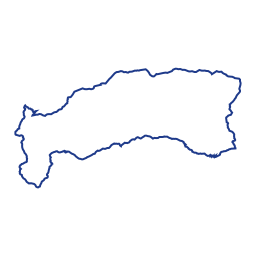 Voineasa, Vâlcea, Romania (Natural Earth projection)
{"feature_id": "2599482B3202377792111", "entity_name": "Voineasa", "entity_type": "district", "adm_level": 2, "iso_a3": "ROU", "parent_name": "Romania", "parent_adm1": "Vâlcea", "projection": "natural_earth1", "projection_center": [23.841, 45.435], "detail": "fine", "context": "isolated", "style": "outline", "palette": "blue", "viewbox_px": 256, "rotation_deg": 0, "n_neighbors": 0, "source": "geoboundaries", "source_scale": "gbopen_adm2", "svg_char_len": 5783}
<svg xmlns="http://www.w3.org/2000/svg" viewBox="0 0 256 256"><path d="M22.1,176.5L23.5,178.4L24.8,179.1L26.0,180.5L26.3,181.3L26.9,182.0L28.4,183.0L28.6,183.3L29.1,183.2L29.9,183.5L30.9,183.2L34.0,183.9L35.3,184.9L36.1,186.6L37.3,187.3L38.4,187.3L38.9,186.8L39.9,186.5L40.3,184.9L41.4,182.9L41.8,181.6L43.8,180.2L44.6,178.7L45.7,178.2L47.1,177.8L47.5,177.5L47.7,177.1L47.8,176.1L47.5,175.6L47.0,175.1L47.0,174.5L47.4,173.6L48.0,173.1L48.5,171.9L48.6,171.0L49.3,168.3L49.5,168.2L49.5,166.9L51.4,165.2L51.6,164.1L52.3,163.8L52.2,163.5L51.8,163.6L51.2,162.9L51.0,162.2L50.4,161.7L50.4,161.1L50.7,160.5L50.3,159.7L50.4,159.1L50.3,158.3L50.4,157.8L50.8,157.3L50.3,156.7L49.8,155.5L49.8,154.9L51.6,153.1L54.1,152.0L54.9,151.9L55.6,151.5L57.0,151.2L57.9,151.9L59.0,152.4L60.0,152.4L63.0,151.5L63.1,151.3L63.9,151.2L64.3,150.8L64.9,151.0L65.1,152.2L65.5,152.5L66.5,152.2L66.4,151.5L67.7,151.5L69.0,151.7L71.7,153.6L73.3,154.2L74.9,155.2L75.8,156.4L76.4,156.7L77.5,157.7L79.1,158.7L80.6,158.9L81.7,159.3L82.9,159.3L86.5,157.8L87.2,157.1L88.5,156.7L91.7,155.1L93.4,153.9L94.7,153.8L95.8,152.0L97.6,150.6L98.7,150.9L100.0,150.5L102.8,148.6L105.1,148.9L107.3,148.0L108.9,148.0L110.1,146.9L111.4,145.1L114.2,143.5L114.9,143.9L116.0,143.6L117.5,143.9L119.0,143.7L119.5,144.1L120.0,145.4L121.0,146.2L121.2,145.5L124.8,142.7L125.7,143.0L126.5,142.9L127.3,143.1L129.3,142.3L130.0,141.1L132.0,139.6L133.3,139.3L134.6,139.6L136.5,137.7L137.8,137.2L140.5,138.5L141.0,138.4L142.8,137.1L143.8,136.6L144.5,135.9L145.0,135.7L146.5,135.7L147.7,136.1L149.7,136.4L150.9,137.0L152.9,138.6L154.3,137.9L156.1,138.1L158.0,138.0L159.4,137.0L162.3,137.0L163.8,136.8L164.2,136.5L164.6,136.7L167.3,136.7L169.1,137.8L171.2,138.5L172.0,139.0L172.9,138.7L174.1,138.9L175.8,138.8L177.1,139.1L180.2,140.7L181.9,141.0L183.5,141.9L183.7,142.2L183.6,142.7L185.4,144.3L184.9,144.5L185.2,144.9L185.0,145.6L185.6,145.9L185.6,146.6L186.9,146.8L187.8,147.7L188.3,148.0L188.4,148.5L188.7,148.9L189.3,149.1L189.7,149.6L191.2,149.9L191.9,150.3L192.2,150.7L192.2,151.6L194.5,152.7L195.9,152.7L197.0,153.3L197.2,153.6L197.8,153.5L198.7,153.9L200.4,153.5L201.2,153.8L204.6,153.6L206.0,154.9L207.6,155.9L209.5,155.7L210.3,154.9L210.4,155.0L210.1,155.5L210.2,156.1L210.7,155.7L210.9,155.8L210.9,156.0L211.3,155.8L211.5,156.4L211.9,155.8L212.4,156.4L212.6,156.2L212.6,155.8L213.2,156.1L213.7,155.6L213.7,155.8L213.0,156.9L213.8,156.2L214.8,156.2L215.5,155.7L215.2,156.4L214.4,156.7L213.6,157.8L214.6,157.1L215.8,156.9L219.4,155.1L220.0,154.6L220.0,154.0L220.6,152.7L221.3,151.9L223.0,151.6L223.5,151.3L225.6,151.1L226.8,150.6L227.1,150.2L228.2,150.0L229.3,149.2L229.9,149.2L231.3,148.7L236.4,148.4L235.5,148.3L235.2,148.0L234.9,147.3L234.9,146.7L234.6,145.3L233.7,144.4L233.6,143.6L232.4,142.1L232.5,141.6L232.8,141.2L234.8,140.6L235.2,140.0L234.9,139.0L234.2,138.2L234.3,137.1L234.0,136.1L234.2,135.1L234.2,134.3L233.1,132.6L231.9,131.6L229.5,130.8L228.6,128.6L227.8,127.6L227.9,126.6L227.5,125.0L228.1,123.3L227.6,122.6L226.7,122.3L226.1,117.9L226.4,117.3L227.8,116.2L228.1,115.7L229.0,115.3L230.9,114.8L232.1,112.6L231.1,111.4L230.7,110.5L229.5,109.4L229.5,108.8L230.1,107.2L230.1,106.9L229.8,106.5L229.8,106.0L230.0,105.9L229.7,104.4L230.5,103.9L231.2,103.0L232.7,101.8L234.4,99.7L234.9,98.7L235.7,97.9L236.3,96.4L237.1,95.0L239.6,92.2L240.0,91.4L240.0,90.5L239.3,88.9L240.4,85.0L240.6,83.1L240.0,81.1L240.0,79.6L239.1,78.7L234.7,78.1L234.3,77.7L232.4,76.8L228.2,76.4L226.5,75.4L226.3,75.1L226.3,74.7L224.1,73.8L222.7,73.0L221.5,71.7L219.2,71.9L218.1,71.7L216.7,71.1L211.9,74.2L211.6,73.5L210.8,72.7L208.3,71.1L205.9,70.9L205.0,70.6L201.9,70.7L199.4,70.0L196.1,72.0L194.5,72.0L192.1,71.2L190.0,71.5L188.5,71.3L185.0,69.9L183.7,69.8L182.7,69.9L180.2,69.0L178.3,69.2L176.9,68.8L175.5,68.7L173.2,69.6L171.9,71.1L167.3,72.9L165.8,72.6L163.6,72.9L157.7,74.2L156.4,74.0L155.5,75.1L153.9,76.4L153.0,76.4L152.1,76.2L150.1,74.8L149.3,73.4L149.0,72.7L147.5,70.8L145.7,69.3L139.9,70.2L139.0,70.6L137.2,70.4L136.5,70.7L134.9,70.6L132.0,71.6L129.4,71.8L128.2,72.6L127.1,72.5L125.9,72.0L123.9,72.2L122.5,71.4L120.9,71.1L118.4,71.9L116.5,72.1L114.7,73.3L110.7,77.8L109.5,78.8L105.6,83.5L102.8,83.3L101.6,83.5L100.8,83.9L100.2,84.8L100.3,84.9L95.1,86.1L94.2,86.5L93.7,88.2L93.3,88.6L91.9,89.1L91.0,89.2L89.3,88.8L86.9,89.2L85.8,89.2L84.6,89.1L82.6,88.4L74.4,91.7L72.7,94.6L70.9,96.9L70.2,97.2L69.0,97.2L68.0,97.5L67.7,98.4L67.9,99.1L67.6,99.5L67.4,100.5L67.6,101.6L67.1,102.8L67.2,103.3L66.3,103.7L65.6,104.4L64.7,105.6L63.7,106.6L63.0,106.7L62.5,107.1L62.3,107.5L62.1,108.3L61.8,108.8L61.0,109.3L59.5,109.5L58.5,110.0L57.6,111.1L56.3,112.0L55.2,112.1L53.9,112.5L51.2,114.2L48.9,114.1L47.2,114.3L46.2,114.9L45.1,115.9L43.1,115.4L41.0,114.2L39.3,114.0L37.7,114.7L36.3,114.7L32.5,115.5L32.7,115.0L33.9,114.0L35.6,111.5L36.1,111.1L35.4,111.2L34.1,112.0L33.3,112.1L33.2,111.5L32.6,110.8L32.7,110.2L32.2,110.1L31.8,109.3L31.0,109.3L30.4,108.6L29.0,108.7L28.7,108.5L27.9,107.4L25.9,106.4L25.2,105.4L24.8,105.8L24.1,107.6L24.7,108.5L25.2,108.7L25.1,109.5L24.9,110.0L23.8,111.3L23.5,112.2L23.8,113.3L23.8,115.1L24.6,116.5L24.4,117.5L23.9,118.4L22.6,119.2L22.1,119.9L21.9,120.6L20.7,122.4L20.1,124.4L19.5,125.6L19.2,127.4L19.3,128.5L17.7,129.2L17.1,130.3L15.5,131.7L15.4,132.1L15.4,134.1L15.7,134.7L19.7,135.9L21.0,135.3L21.6,135.3L22.8,136.1L23.1,136.9L22.9,137.7L23.7,138.4L23.7,139.5L21.8,141.2L21.7,141.9L21.3,142.4L21.3,142.6L21.8,143.0L22.1,143.5L22.2,144.8L22.1,145.5L22.2,147.3L22.8,149.3L23.9,151.0L24.6,153.0L25.5,153.8L26.6,155.6L26.8,156.8L26.7,157.8L27.1,158.6L26.8,160.2L26.9,161.3L26.5,162.0L24.7,162.6L22.8,163.8L21.7,164.0L20.6,165.2L20.2,165.3L19.6,166.4L19.7,166.9L19.6,167.3L19.8,167.8L20.9,168.9L20.1,169.6L19.9,171.3L19.6,171.7L19.9,172.3L19.8,173.5L20.3,174.3L21.8,174.9L22.1,176.5Z" fill="none" stroke="#1e3a8a" stroke-width="2"/></svg>